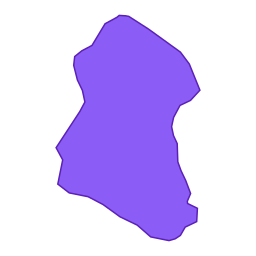 Divaca, Albers equal-area conic projection
{"feature_id": "SVN-1025", "entity_name": "Divaca", "entity_type": "Municipality", "adm_level": 1, "iso_a3": "SVN", "parent_name": "Slovenia", "parent_adm1": "", "projection": "albers", "projection_center": [14.026, 45.685], "detail": "fine", "context": "isolated", "style": "filled", "palette": "violet", "viewbox_px": 256, "rotation_deg": 0, "n_neighbors": 0, "source": "natural_earth", "source_scale": "10m", "svg_char_len": 643}
<svg xmlns="http://www.w3.org/2000/svg" viewBox="0 0 256 256"><path d="M148.4,29.0L180.4,52.1L189.3,64.0L199.9,90.2L190.5,100.4L180.0,105.4L173.6,117.4L171.6,126.7L173.5,135.6L177.2,143.6L177.8,161.8L181.0,170.6L185.7,180.5L190.6,193.5L187.3,201.3L187.6,203.5L197.4,208.3L196.7,221.6L185.2,227.1L180.4,235.4L175.2,238.8L169.0,240.6L150.7,236.9L137.2,225.1L120.0,216.8L103.0,204.5L88.1,196.7L69.2,192.9L57.8,184.1L62.7,159.9L56.1,147.7L79.9,111.4L84.9,102.0L82.4,90.4L77.4,80.0L73.7,65.3L74.7,56.5L81.8,50.8L92.0,45.4L105.1,23.7L116.9,17.3L119.2,15.4L125.6,15.8L128.8,16.4L148.4,29.0Z" fill="#8b5cf6" stroke="#5b21b6" stroke-width="1.5"/></svg>